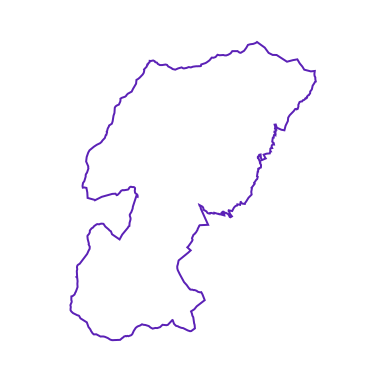 the district of Jidvei, Alba, Romania, rotated 187°
{"feature_id": "2599482B43900513786531", "entity_name": "Jidvei", "entity_type": "district", "adm_level": 2, "iso_a3": "ROU", "parent_name": "Romania", "parent_adm1": "Alba", "projection": "albers", "projection_center": [24.101, 46.229], "detail": "fine", "context": "isolated", "style": "outline", "palette": "violet", "viewbox_px": 384, "rotation_deg": 187, "n_neighbors": 0, "source": "geoboundaries", "source_scale": "gbopen_adm2", "svg_char_len": 6029}
<svg xmlns="http://www.w3.org/2000/svg" viewBox="0 0 384 384"><g transform="rotate(187 192 192)"><path d="M250.0,317.0L250.0,315.4L250.9,314.7L251.4,313.2L251.8,313.3L252.1,312.4L252.2,311.0L254.6,307.7L254.2,306.8L254.4,304.5L255.2,302.7L257.8,299.2L259.2,297.7L260.8,296.5L260.7,292.7L263.1,287.2L264.1,284.3L267.7,281.7L268.8,280.2L269.1,279.4L270.1,278.4L273.2,276.9L274.4,275.9L274.2,274.7L274.2,273.1L275.2,269.9L277.3,268.6L278.4,267.5L278.9,266.2L278.6,261.0L279.2,258.2L279.4,252.4L279.9,250.0L282.4,247.9L282.5,246.8L282.9,246.0L283.4,244.6L283.7,242.1L284.0,241.7L284.0,241.3L283.6,240.9L284.0,238.2L284.5,238.0L285.1,235.0L287.3,232.0L287.7,231.0L289.1,229.3L292.2,227.3L294.9,225.0L298.8,220.9L299.8,218.5L300.8,213.9L300.8,209.4L298.1,204.8L298.0,203.6L297.7,202.7L298.6,198.3L299.2,197.4L299.6,195.9L299.4,194.3L300.2,189.7L301.3,187.6L301.4,184.6L300.9,183.0L299.4,183.4L297.3,183.2L295.9,178.9L294.9,173.4L287.5,172.3L287.3,172.0L281.0,176.2L270.9,180.4L267.7,181.0L266.4,179.7L265.6,180.0L263.7,182.4L262.8,184.1L262.2,184.8L260.8,185.5L259.9,185.4L255.8,186.6L255.2,187.4L254.8,188.5L254.3,189.2L253.3,189.8L252.0,189.6L250.6,189.8L249.8,189.6L249.1,189.0L248.9,188.0L249.0,186.6L248.5,184.5L247.7,183.6L246.8,183.3L245.8,182.4L245.4,181.2L245.4,180.6L246.8,181.0L248.9,170.2L248.9,168.3L249.8,164.6L250.5,163.2L251.0,161.9L250.8,160.7L249.8,158.6L249.7,157.0L250.2,153.8L250.0,150.6L250.8,150.0L251.3,148.7L256.1,141.2L258.1,136.1L266.2,140.3L267.7,143.1L269.2,143.8L270.0,144.6L273.8,147.1L276.0,149.6L277.8,149.6L279.2,149.2L280.2,148.6L282.0,148.6L282.7,148.3L285.0,146.2L285.9,144.7L287.2,143.7L288.6,141.5L288.7,141.2L288.5,139.7L288.7,138.9L289.2,137.6L290.3,136.1L290.4,135.3L289.8,132.6L288.1,128.3L288.2,127.4L286.8,125.2L286.7,123.0L287.4,121.4L288.5,117.8L294.7,107.1L296.2,105.9L296.8,105.1L297.0,104.0L297.0,103.2L296.5,101.4L296.7,99.5L295.7,93.9L296.3,93.5L295.4,92.6L294.7,89.5L294.6,86.9L294.0,83.7L295.2,78.6L295.5,78.2L296.1,75.9L297.9,74.1L299.0,73.7L298.6,70.0L298.2,69.3L298.0,68.2L298.9,64.9L298.3,63.1L298.3,61.1L298.1,59.8L297.2,58.7L295.3,57.3L290.8,55.7L289.4,55.5L288.9,55.2L287.3,53.0L280.5,49.8L278.3,45.4L276.2,43.3L275.3,41.8L273.4,39.6L272.1,38.7L269.6,39.1L265.2,37.4L262.7,37.8L261.0,37.7L257.8,36.8L255.1,35.5L253.2,35.2L245.3,36.5L243.6,38.4L242.5,39.4L241.8,40.3L240.2,41.0L239.7,40.8L238.7,41.3L237.6,41.1L235.0,42.4L234.5,42.9L233.9,43.8L232.9,47.0L231.3,50.3L229.7,51.9L227.2,53.2L225.5,54.6L224.2,54.3L222.0,54.3L218.6,53.7L216.6,52.4L214.4,51.6L211.8,52.6L209.9,52.7L207.2,54.0L205.1,56.6L201.1,56.7L199.8,57.2L195.9,62.5L195.5,62.4L193.8,59.0L191.7,57.3L189.3,56.9L188.6,56.5L186.1,55.9L184.1,55.8L179.4,54.1L177.0,53.6L175.8,53.9L172.5,57.0L173.2,60.4L173.9,62.0L175.5,67.9L176.5,69.2L177.3,71.4L178.4,73.4L175.4,75.9L173.4,79.1L166.2,86.2L169.1,91.6L170.6,93.7L171.7,93.4L172.8,93.5L174.3,93.8L175.3,94.5L177.5,95.0L178.5,94.8L179.6,95.1L181.3,94.9L182.3,95.2L182.6,95.8L183.2,96.0L185.9,99.0L188.9,101.6L194.2,109.0L196.6,112.7L197.3,114.5L197.6,116.5L197.2,118.8L197.0,122.0L196.8,122.6L188.4,131.3L186.2,133.9L189.9,136.5L188.9,137.8L186.0,143.2L185.6,144.6L186.4,146.1L185.3,149.7L184.4,150.6L183.9,151.2L183.8,151.6L183.2,152.2L181.9,155.2L181.8,156.2L180.7,159.1L180.7,159.5L180.2,160.0L172.0,161.4L181.2,176.5L181.9,178.6L182.8,179.3L183.1,180.0L179.8,178.7L179.0,177.8L178.2,175.7L175.3,174.5L174.2,173.2L173.3,172.8L171.7,172.7L171.6,173.3L170.3,173.6L167.7,173.2L167.5,174.1L162.6,173.3L162.6,173.5L157.0,172.7L157.2,173.6L157.7,174.3L159.0,174.4L159.9,174.2L160.2,174.7L159.2,176.1L158.5,176.3L158.0,176.2L157.6,175.4L157.0,175.1L156.0,175.5L153.7,174.6L152.6,173.5L151.5,171.8L150.8,171.6L149.4,172.7L151.6,174.9L152.3,176.3L153.4,177.7L153.3,178.3L149.8,178.0L148.5,181.5L147.7,182.7L146.8,183.6L145.6,184.1L145.5,185.3L142.7,185.1L142.5,188.0L142.3,188.1L141.3,187.0L140.6,186.6L138.1,186.6L138.0,187.5L137.0,189.3L135.2,193.2L132.5,196.7L133.2,199.3L133.0,202.7L133.0,203.1L133.4,203.4L130.8,207.8L131.5,208.5L131.5,208.8L131.0,209.3L129.8,211.8L128.9,212.8L128.6,215.1L129.4,215.5L129.3,220.2L128.9,220.3L129.1,223.1L128.2,223.3L128.1,224.0L126.7,224.6L126.6,225.0L126.8,227.3L128.1,229.0L128.2,229.6L127.9,229.7L128.4,230.9L128.6,230.8L130.1,233.4L130.7,233.6L130.9,234.3L130.9,235.1L130.1,235.3L129.8,237.1L128.5,237.6L127.9,234.8L126.7,232.1L122.9,234.3L123.7,235.2L125.4,237.8L122.8,239.1L119.5,239.8L119.3,241.6L118.7,241.8L119.4,242.7L119.5,244.6L119.0,245.2L117.8,245.4L118.5,246.7L118.5,247.8L117.8,249.0L116.4,249.1L116.9,250.6L118.5,251.7L118.4,255.5L117.5,255.9L117.8,256.9L117.5,258.1L116.4,258.3L117.1,259.1L116.1,259.8L117.2,261.4L117.5,261.5L117.5,262.0L116.3,262.2L116.5,263.4L115.9,263.9L116.6,264.6L117.4,265.0L117.4,265.6L117.0,266.1L118.2,268.9L117.1,269.2L115.7,266.2L110.9,264.7L107.8,264.5L107.2,269.2L105.5,274.1L105.6,277.5L104.4,280.1L100.9,284.7L99.7,286.9L98.7,287.2L98.2,286.8L97.2,287.4L96.8,290.0L97.1,291.3L96.2,294.4L95.1,295.0L93.7,295.4L93.2,296.5L92.2,296.9L91.6,297.4L90.9,298.7L90.5,298.5L89.6,299.2L89.7,299.7L89.3,300.0L89.5,300.7L88.6,302.0L87.8,302.4L87.8,302.8L86.8,304.2L86.9,306.2L85.9,307.8L85.5,308.8L85.2,312.3L84.0,314.6L83.4,316.2L82.6,316.7L83.3,318.8L83.6,320.8L84.5,322.2L84.9,324.0L84.9,327.1L88.7,326.2L95.5,327.1L97.8,330.0L100.7,332.7L103.6,336.5L107.8,335.2L113.6,332.9L124.7,338.3L128.7,337.9L132.9,339.4L137.4,344.2L145.8,348.8L146.9,347.7L149.2,346.5L152.3,345.7L154.4,344.8L155.7,341.7L157.5,338.5L160.6,336.1L161.9,336.2L164.0,337.4L169.2,336.7L170.6,334.3L172.7,332.7L174.8,331.7L176.6,331.6L177.6,331.8L181.2,331.1L183.4,331.3L185.1,328.8L187.0,327.9L188.8,327.8L190.7,324.8L192.8,322.8L194.3,321.6L198.4,319.7L198.5,318.2L199.1,317.9L203.7,317.2L206.3,316.5L208.3,315.5L210.5,315.6L212.5,314.5L215.0,313.7L215.8,313.7L217.5,314.4L220.8,313.0L223.5,311.4L226.4,311.7L227.3,312.4L230.9,313.7L232.3,315.1L233.8,315.3L236.9,314.4L239.4,314.1L241.6,315.0L242.5,316.1L244.3,316.4L245.0,317.3L246.6,317.8L248.8,317.0L250.0,317.0Z" fill="none" stroke="#5b21b6" stroke-width="2"/></g></svg>